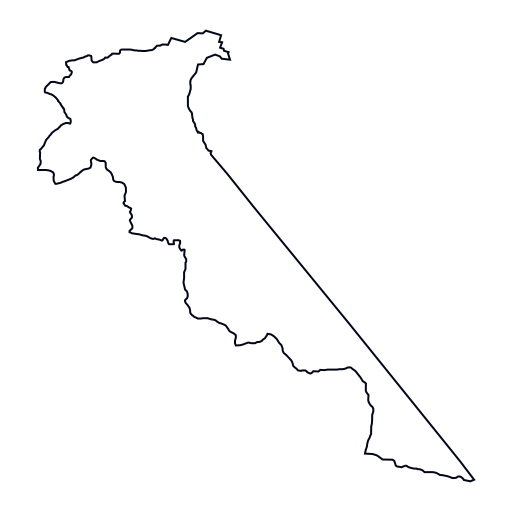 outline of El Guarco, Cartago, Costa Rica
{"feature_id": "36466004B87567829139505", "entity_name": "El Guarco", "entity_type": "district", "adm_level": 2, "iso_a3": "CRI", "parent_name": "Costa Rica", "parent_adm1": "Cartago", "projection": "mercator", "projection_center": [-83.936, 9.732], "detail": "fine", "context": "isolated", "style": "outline", "palette": "ink", "viewbox_px": 512, "rotation_deg": 0, "n_neighbors": 0, "source": "geoboundaries", "source_scale": "gbopen_adm2", "svg_char_len": 5869}
<svg xmlns="http://www.w3.org/2000/svg" viewBox="0 0 512 512"><path d="M474.1,479.7L460.1,461.3L348.4,322.7L253.9,207.2L227.4,174.0L211.2,154.9L210.6,153.3L211.4,151.2L208.5,150.6L206.3,148.0L205.6,144.8L203.1,140.9L203.1,136.8L202.7,134.2L202.1,134.0L201.2,133.1L200.1,132.9L198.5,131.9L198.4,132.6L197.9,132.6L196.4,129.6L196.2,128.1L195.2,126.4L195.2,125.2L194.8,123.7L193.0,120.9L193.0,119.7L192.7,118.5L192.4,117.9L192.0,113.5L191.6,112.4L190.3,111.0L188.7,108.3L188.2,106.9L187.9,105.4L187.9,96.5L188.7,95.4L189.5,93.3L190.7,88.9L190.7,85.2L190.3,84.2L190.3,81.3L190.5,81.1L190.5,80.3L191.7,78.0L196.2,72.4L198.0,64.5L203.5,64.1L206.9,57.8L215.2,54.6L219.9,56.4L221.7,58.7L230.0,59.7L228.0,53.4L228.6,52.2L224.1,50.8L223.5,48.7L220.1,47.7L222.1,42.3L219.1,41.9L221.1,35.2L205.9,30.7L202.7,33.4L197.6,33.1L185.1,41.9L171.3,38.0L167.9,44.9L165.2,44.5L162.3,44.5L160.9,45.3L160.1,45.4L159.9,45.7L157.1,45.7L155.7,47.0L155.3,47.9L154.9,47.9L154.4,48.3L153.5,49.4L151.7,50.1L150.1,50.2L145.6,51.0L142.0,51.0L141.3,50.8L138.4,50.8L136.5,50.4L134.4,50.4L132.1,49.8L129.7,49.5L122.0,49.5L120.9,49.8L120.1,50.5L119.9,52.8L118.9,53.8L113.4,53.6L112.0,53.8L111.6,54.2L111.6,54.6L109.9,55.7L107.7,57.6L105.2,57.6L104.4,58.7L102.4,59.9L99.5,60.9L96.6,62.3L93.2,62.3L92.8,61.9L91.9,60.9L91.5,60.0L91.5,58.0L91.2,56.1L90.9,55.8L89.0,55.4L87.8,55.4L87.1,56.0L84.8,56.7L83.7,57.4L79.1,58.6L74.5,60.3L72.5,60.3L69.0,60.9L66.0,62.2L66.2,64.9L66.6,65.1L67.6,67.0L68.5,67.0L69.5,70.0L70.1,70.6L70.5,70.6L71.3,71.1L71.9,72.0L71.1,74.4L70.2,75.2L68.9,77.0L65.7,77.1L64.7,77.5L63.8,78.3L63.4,79.6L63.2,81.4L62.8,82.3L61.8,83.2L61.0,83.4L59.1,83.1L54.5,81.9L50.8,82.0L45.6,87.2L45.3,88.3L44.8,88.9L44.8,91.8L45.1,92.4L47.4,92.9L50.1,94.1L51.2,94.3L53.0,95.3L55.5,97.3L57.8,100.0L58.0,100.8L58.3,100.8L58.4,101.2L58.8,101.8L60.2,103.2L60.4,103.9L61.0,104.4L61.0,104.8L61.8,106.2L62.6,107.0L62.6,107.4L62.9,107.6L63.2,108.3L63.6,108.3L64.2,109.6L64.4,112.0L66.2,114.6L66.9,116.6L68.1,117.8L70.3,118.9L70.7,120.3L70.7,122.3L70.1,123.6L69.7,123.6L68.0,123.0L66.0,123.0L63.4,123.9L60.8,125.5L59.6,127.1L58.7,127.7L58.1,128.7L55.3,130.2L51.9,132.9L50.4,135.0L49.7,135.5L48.9,136.8L46.0,140.1L43.7,145.8L43.4,145.9L41.0,148.9L39.8,149.9L39.7,151.5L40.1,152.5L39.9,159.0L40.7,161.0L40.7,162.6L40.2,164.5L37.9,167.7L38.0,170.0L45.7,170.0L47.3,170.2L49.6,170.6L51.1,171.2L53.1,172.4L53.9,174.0L53.9,175.7L53.5,176.8L53.7,180.8L55.3,183.8L56.5,183.8L60.7,182.8L62.6,181.8L63.7,181.6L71.2,178.7L73.5,177.3L75.5,175.5L76.6,175.2L77.6,174.7L79.0,173.5L80.4,172.1L81.0,171.8L81.4,171.2L83.4,169.8L85.1,169.2L88.6,168.6L90.5,167.5L91.3,165.0L91.3,162.6L90.9,161.7L90.9,160.1L91.5,159.1L93.0,157.7L93.8,157.7L95.8,158.8L96.6,159.5L99.9,160.9L104.0,161.1L104.7,161.3L105.7,162.8L105.7,166.9L106.1,168.3L107.5,170.0L109.2,171.0L110.8,172.5L111.9,174.4L112.1,175.2L112.9,176.8L113.2,179.6L114.0,180.9L115.3,181.6L117.2,182.0L119.7,182.0L122.0,182.6L124.3,184.1L125.8,187.3L126.0,191.3L125.7,192.8L124.5,195.7L125.0,201.0L123.8,202.2L123.5,203.2L125.3,205.8L126.7,205.9L129.1,207.5L130.4,208.0L131.1,208.6L130.8,210.4L130.0,211.7L129.9,212.2L131.6,214.7L132.0,216.0L131.9,217.5L129.9,219.9L129.8,220.4L131.0,223.0L131.9,224.6L132.4,226.0L132.4,227.8L132.0,228.6L129.6,230.9L129.5,232.1L132.0,233.3L140.1,234.5L141.4,235.1L146.2,235.9L148.1,236.7L148.4,237.0L150.1,238.0L152.7,238.9L153.5,238.9L154.9,238.3L156.5,239.1L159.0,239.5L161.7,240.5L162.2,240.5L162.6,240.2L163.1,239.1L164.1,237.9L165.6,238.0L166.5,238.9L167.6,240.6L167.9,242.1L168.8,244.0L169.8,244.3L173.9,244.1L174.0,243.5L173.7,242.8L173.7,240.7L173.9,240.3L178.3,240.2L179.5,240.5L180.1,241.0L180.1,243.4L179.3,245.2L179.3,247.3L179.5,248.0L181.3,250.6L181.8,250.6L182.4,249.9L183.0,249.6L184.3,249.6L184.6,249.8L184.2,255.4L184.4,256.1L186.2,259.3L186.2,261.6L185.5,262.7L185.5,268.9L184.1,272.3L184.1,277.9L183.5,282.7L185.1,289.6L186.5,290.9L187.1,291.8L187.7,294.1L187.7,296.5L186.9,298.5L185.5,299.6L185.0,300.4L185.0,301.2L185.6,302.8L187.6,305.1L189.5,307.9L190.1,310.3L190.2,312.6L190.9,314.0L192.5,315.5L193.0,315.7L194.2,316.9L196.1,317.6L197.6,318.5L201.4,318.5L202.6,318.2L207.6,318.2L211.8,319.5L213.6,319.6L215.5,320.3L217.2,321.7L219.3,323.0L220.9,323.3L224.9,325.0L225.8,325.6L228.4,329.2L228.9,330.3L229.8,331.4L233.7,333.4L235.8,335.2L235.9,337.3L235.0,340.7L235.0,343.5L236.0,345.5L240.4,345.2L243.5,344.3L247.7,342.7L249.0,342.6L251.2,343.2L255.1,343.2L257.3,342.0L259.1,342.0L260.5,341.6L261.9,340.8L262.8,339.7L264.8,338.4L267.3,334.6L267.5,333.8L271.0,334.4L273.7,336.1L276.6,338.8L279.1,342.8L281.4,345.1L282.6,348.5L282.6,349.8L283.0,351.5L283.8,353.0L286.0,354.8L291.2,360.3L292.4,362.7L293.2,365.8L294.5,367.2L296.5,368.7L298.0,370.4L300.3,370.8L301.6,370.8L302.4,370.4L305.5,370.5L306.7,371.4L307.3,372.3L308.7,372.8L309.3,373.3L310.6,373.5L311.5,373.1L313.4,371.2L318.2,371.5L319.1,371.0L320.2,369.9L324.8,370.1L327.6,369.6L336.9,369.6L339.2,369.2L342.3,369.2L344.3,368.9L346.2,368.3L347.6,367.5L350.4,367.4L351.2,367.8L352.4,368.9L354.9,370.6L356.3,372.1L360.9,378.0L362.7,381.1L364.6,382.3L365.9,383.5L365.8,390.7L366.5,392.5L368.5,395.0L368.2,400.1L368.7,402.1L369.9,404.3L371.3,406.0L372.4,406.8L373.3,408.7L373.3,411.5L372.2,414.9L372.1,420.6L371.9,423.4L371.2,426.6L371.1,434.0L370.2,435.9L369.5,438.0L368.5,439.7L367.8,441.5L367.1,444.6L367.0,446.2L365.6,450.5L365.0,453.6L372.5,454.0L375.8,455.0L376.9,455.4L378.1,456.2L382.6,459.5L392.4,459.7L393.7,460.4L394.4,461.2L395.7,465.2L396.2,466.0L397.3,466.5L401.6,467.2L405.0,465.8L406.6,465.8L407.8,466.8L409.9,467.6L413.4,468.5L416.7,468.7L417.9,469.1L420.4,469.4L422.6,470.4L424.5,472.1L432.3,472.1L435.1,472.5L437.3,473.4L439.8,474.9L442.6,475.2L447.1,476.1L449.3,476.8L451.7,477.8L453.0,478.1L456.1,477.8L458.2,476.5L459.2,476.4L460.9,476.9L462.0,477.7L463.4,479.1L463.9,480.0L470.3,481.3L474.1,479.7Z" fill="none" stroke="#020617" stroke-width="2"/></svg>